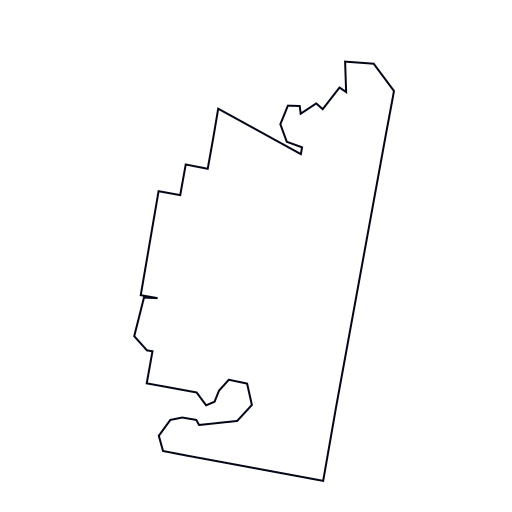 Leflore, Mississippi, United States of America, rotated 190°
{"feature_id": "52423323B21456355443716", "entity_name": "Leflore", "entity_type": "district", "adm_level": 2, "iso_a3": "USA", "parent_name": "United States of America", "parent_adm1": "Mississippi", "projection": "albers", "projection_center": [-90.256, 33.523], "detail": "fine", "context": "isolated", "style": "outline", "palette": "ink", "viewbox_px": 512, "rotation_deg": 190, "n_neighbors": 0, "source": "geoboundaries", "source_scale": "gbopen_adm2", "svg_char_len": 721}
<svg xmlns="http://www.w3.org/2000/svg" viewBox="0 0 512 512"><g transform="rotate(190 256 256)"><path d="M341.5,111.6L290.8,111.3L279.2,100.3L271.5,105.3L269.1,116.9L261.3,129.4L242.6,128.8L234.2,108.6L245.9,90.3L282.7,79.7L286.4,84.2L300.6,84.1L311.9,79.7L320.5,62.1L313.7,47.8L288.7,47.4L150.8,46.2L150.9,121.0L149.2,397.2L148.8,436.0L148.8,442.5L173.5,465.8L202.0,462.9L195.7,433.1L203.0,436.4L215.8,412.2L223.2,416.7L236.7,403.9L239.0,411.3L250.7,409.6L254.9,390.0L245.5,373.8L229.5,371.0L229.5,364.1L318.8,394.5L318.6,364.7L318.7,333.5L341.1,333.9L341.2,302.8L363.2,302.9L362.7,197.4L345.6,197.4L359.1,195.6L362.0,155.9L347.0,144.1L341.4,144.2L341.5,111.6Z" fill="none" stroke="#020617" stroke-width="2"/></g></svg>